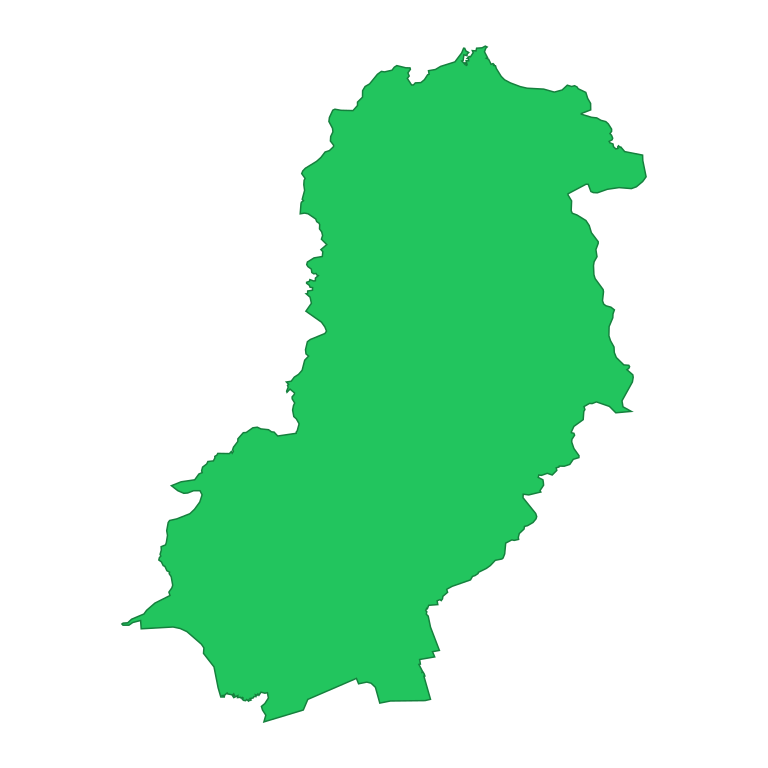 outline of Baia Mare, Maramures, Romania
{"feature_id": "2599482B84718218720770", "entity_name": "Baia Mare", "entity_type": "district", "adm_level": 2, "iso_a3": "ROU", "parent_name": "Romania", "parent_adm1": "Maramures", "projection": "robinson", "projection_center": [23.589, 47.741], "detail": "fine", "context": "isolated", "style": "filled", "palette": "green", "viewbox_px": 768, "rotation_deg": 0, "n_neighbors": 0, "source": "geoboundaries", "source_scale": "gbopen_adm2", "svg_char_len": 6051}
<svg xmlns="http://www.w3.org/2000/svg" viewBox="0 0 768 768"><path d="M430.5,699.3L423.9,676.2L424.9,676.0L424.2,674.0L423.0,672.0L422.1,672.3L422.4,671.2L418.9,664.4L420.4,664.1L419.6,659.5L434.7,656.9L432.5,651.7L439.4,650.4L430.5,627.1L428.2,616.1L426.3,614.2L426.8,611.7L425.7,610.6L426.7,608.3L427.4,608.7L428.7,605.3L437.8,604.6L437.1,600.8L440.0,599.6L441.2,600.6L442.5,598.9L442.9,596.3L447.6,592.3L446.7,589.5L447.2,589.0L452.2,586.3L470.5,579.9L472.5,576.4L475.0,575.6L478.1,573.5L478.3,572.4L486.4,568.4L490.4,565.5L495.3,560.3L501.9,559.0L503.1,558.0L504.7,553.9L505.7,543.1L511.8,539.9L514.2,540.4L518.6,539.4L518.3,537.3L519.3,533.5L524.0,529.1L524.5,526.4L527.5,525.7L533.0,522.5L536.0,518.9L536.7,516.6L535.7,513.5L523.0,497.7L523.2,494.2L528.8,494.9L540.8,492.0L540.0,490.6L543.6,485.2L543.3,482.0L542.9,479.8L538.2,477.4L538.8,475.0L541.4,475.4L547.3,473.3L552.2,475.0L556.8,470.4L556.2,467.8L559.0,467.0L559.2,466.1L564.3,466.2L569.8,464.4L573.3,459.3L578.9,457.6L579.0,455.7L573.9,448.5L571.7,442.0L571.9,439.4L574.6,435.2L573.9,433.3L571.4,432.7L571.4,431.8L573.9,426.4L583.2,419.6L583.8,411.4L584.9,409.6L584.0,406.6L589.5,403.4L592.1,403.6L596.4,401.9L609.4,406.4L615.8,412.8L631.3,411.4L623.0,406.8L622.0,400.8L632.4,382.0L633.2,377.3L632.8,374.8L626.9,369.7L628.7,368.5L629.6,366.7L628.8,365.3L623.8,364.9L616.3,357.5L614.3,352.5L614.0,347.0L610.5,340.7L608.9,335.8L609.1,326.6L612.8,317.8L613.0,313.9L614.4,309.9L611.0,307.2L606.0,305.8L603.7,304.1L602.5,300.7L603.5,291.8L603.1,289.5L595.1,278.6L593.9,274.6L593.5,265.6L594.1,261.8L597.0,256.7L595.9,249.6L598.2,243.4L598.2,241.7L591.4,232.7L589.2,225.5L585.9,220.5L577.0,215.0L572.2,213.2L571.2,210.6L571.6,200.9L568.1,195.1L568.0,193.8L586.1,184.2L588.2,184.3L590.9,191.5L593.3,192.6L597.4,192.8L607.3,189.3L619.0,187.6L631.4,188.6L636.4,186.8L642.7,181.5L646.1,176.8L642.8,160.6L642.6,155.1L624.7,151.6L620.8,147.0L620.1,147.3L618.5,145.8L617.7,146.9L618.0,148.4L615.8,148.9L613.5,146.7L613.0,144.0L609.9,142.8L609.1,141.4L612.1,139.8L612.7,138.2L611.5,135.2L609.9,133.6L611.6,131.4L611.6,129.1L608.3,123.9L605.8,121.6L600.9,120.3L596.8,117.9L591.5,117.3L581.3,114.2L581.3,113.5L590.7,109.9L590.6,103.4L587.7,98.4L585.8,92.4L578.1,88.7L577.2,87.1L574.6,85.7L571.7,86.5L567.3,85.2L562.1,90.0L554.3,92.1L543.7,89.1L527.1,88.2L520.2,86.6L510.4,82.9L504.6,79.8L501.2,76.4L496.3,68.5L495.5,65.8L493.7,65.5L494.1,64.6L493.0,63.6L491.1,64.3L488.6,59.2L486.4,58.2L487.5,57.6L484.5,51.8L485.8,48.2L487.1,47.0L485.3,46.1L482.1,47.8L476.6,48.2L476.0,50.9L472.3,50.6L473.2,52.7L470.5,56.8L469.1,56.5L467.2,58.4L468.5,58.6L468.6,60.8L466.1,60.7L467.1,64.8L466.6,65.2L465.8,62.9L464.4,62.9L464.6,64.0L461.8,61.0L463.1,60.5L463.9,54.8L467.0,55.7L467.1,54.1L468.7,52.5L465.9,50.9L464.7,48.3L463.6,48.2L461.7,52.9L454.9,61.9L440.6,66.4L435.4,69.5L428.5,70.7L429.1,74.2L427.6,74.8L424.4,79.7L420.9,82.6L415.3,82.9L413.5,84.9L411.6,85.0L407.3,78.4L409.2,76.0L407.9,72.9L410.4,69.3L410.0,67.9L405.8,67.8L396.8,65.6L394.3,67.2L392.0,70.2L384.5,71.9L381.4,71.4L377.4,74.3L369.6,83.9L365.1,86.5L362.6,90.7L362.5,97.2L357.5,102.1L357.5,105.5L353.0,110.6L341.0,110.3L334.9,109.2L332.8,110.2L329.4,117.5L328.9,121.5L332.5,128.3L332.9,131.9L330.7,136.5L330.4,141.0L333.6,145.2L333.5,146.7L329.4,150.6L325.1,152.0L320.9,157.5L316.5,161.4L305.4,168.2L302.8,170.9L301.7,173.6L305.1,178.4L304.1,180.3L303.8,184.7L304.6,190.4L302.2,199.3L303.5,200.7L301.4,202.2L301.0,203.6L300.2,213.8L304.6,213.1L308.1,213.8L315.7,219.0L316.7,221.6L319.1,223.3L319.7,224.7L319.5,228.9L321.7,231.9L322.6,235.6L321.4,239.2L326.8,244.6L320.9,249.6L322.8,251.7L322.3,256.5L314.0,257.9L307.4,262.0L306.7,264.6L307.9,266.6L311.3,269.1L311.8,272.5L313.7,273.8L316.1,273.5L316.8,274.9L318.3,275.6L315.4,278.1L315.4,280.7L313.7,281.0L309.9,279.6L309.4,281.3L306.6,282.3L306.6,283.3L309.3,285.3L310.1,287.3L312.6,287.6L312.5,290.2L307.7,291.0L307.6,293.6L306.2,293.8L310.1,297.2L311.4,303.3L305.9,311.2L321.5,322.2L324.9,327.0L326.5,331.1L324.9,333.5L310.3,339.5L307.4,341.7L305.5,349.7L306.0,353.9L308.6,356.1L304.7,360.2L302.1,370.3L298.5,374.4L294.3,377.1L291.2,381.2L286.4,382.0L288.6,384.3L287.5,385.4L288.2,387.1L286.6,391.2L287.0,392.3L290.0,389.1L294.5,392.9L294.3,394.3L292.1,396.9L292.2,398.9L294.7,403.0L293.5,405.5L292.6,410.0L293.8,416.6L296.3,418.8L299.1,423.8L297.2,430.8L296.2,432.1L296.2,433.3L277.7,436.0L274.1,432.1L271.5,431.8L268.5,429.7L260.9,428.9L257.3,427.2L252.8,427.8L246.2,432.5L243.3,432.7L237.9,438.8L237.8,441.5L233.5,447.1L232.6,449.8L233.4,451.3L232.2,453.2L231.3,451.5L229.4,453.6L217.8,453.4L216.8,455.2L214.8,456.4L214.9,457.9L213.4,460.9L207.9,461.5L206.7,464.0L202.6,467.1L201.6,470.8L202.2,472.6L198.9,474.0L194.7,479.8L181.1,481.8L171.4,485.7L177.8,490.7L183.8,493.3L187.7,493.0L193.6,490.7L200.0,490.7L202.1,494.8L199.8,502.0L194.5,509.3L189.9,513.7L176.7,518.9L169.6,520.5L168.2,522.5L166.7,530.7L167.5,535.4L166.3,542.7L165.5,544.9L161.1,546.7L161.3,550.1L160.1,554.3L160.8,556.1L159.4,557.6L158.8,560.0L161.4,561.9L163.2,565.6L164.9,566.4L166.9,570.7L169.6,572.2L169.2,573.7L171.2,576.7L172.7,585.2L171.9,587.8L168.9,592.1L170.0,595.5L154.9,603.1L146.6,610.3L143.9,614.0L131.6,619.2L127.7,622.8L123.1,623.1L121.9,624.0L123.0,625.2L128.9,625.2L132.8,622.5L140.6,620.5L141.2,628.8L173.1,627.0L180.2,628.5L186.9,631.6L201.4,644.2L203.9,647.9L203.5,653.4L214.0,666.9L218.1,687.7L220.8,697.0L224.3,697.0L224.4,696.2L222.9,695.5L224.5,695.3L227.1,693.0L227.6,693.9L232.5,694.9L233.7,693.8L234.5,695.5L232.6,695.8L233.8,697.6L237.8,695.6L237.5,697.6L240.5,697.3L241.2,698.3L242.3,697.4L243.1,698.0L242.5,699.5L243.7,700.4L245.6,700.7L246.7,699.5L248.4,701.0L248.9,699.9L249.6,700.6L251.1,700.0L250.1,698.5L253.1,698.0L253.9,696.6L256.0,696.6L255.4,694.7L257.1,695.3L257.9,694.0L258.9,695.3L261.0,692.2L264.9,693.2L267.4,692.7L268.4,698.0L264.8,703.6L261.4,706.4L262.5,710.0L265.8,715.2L263.9,721.9L303.3,710.0L307.8,699.4L356.4,678.4L358.6,683.8L366.8,682.1L371.1,683.2L375.4,687.3L379.8,703.1L390.4,701.0L425.0,700.6L430.5,699.3Z" fill="#22c55e" stroke="#15803d" stroke-width="1.5"/></svg>